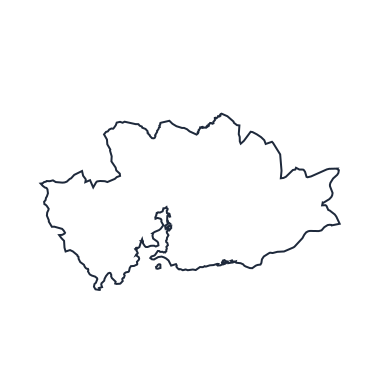 outline of Misungwi, Mwanza, United Republic of Tanzania, rotated 245°
{"feature_id": "72390352B3687042598615", "entity_name": "Misungwi", "entity_type": "district", "adm_level": 2, "iso_a3": "TZA", "parent_name": "United Republic of Tanzania", "parent_adm1": "Mwanza", "projection": "robinson", "projection_center": [32.979, -2.954], "detail": "fine", "context": "isolated", "style": "outline", "palette": "slate", "viewbox_px": 384, "rotation_deg": 245, "n_neighbors": 0, "source": "geoboundaries", "source_scale": "gbopen_adm2", "svg_char_len": 6049}
<svg xmlns="http://www.w3.org/2000/svg" viewBox="0 0 384 384"><g transform="rotate(245 192 192)"><path d="M100.8,312.4L108.7,312.4L111.3,311.9L117.0,309.0L118.2,307.9L122.4,308.0L123.6,307.5L124.9,304.3L127.2,306.0L126.7,306.4L127.5,313.5L128.6,316.2L129.7,317.6L131.7,319.0L138.9,319.5L140.2,320.0L141.8,321.3L144.6,325.6L146.2,330.9L147.4,332.7L149.7,334.3L151.4,333.3L151.7,333.8L155.0,326.2L155.5,323.8L155.8,306.5L156.5,303.0L157.3,302.2L162.6,303.0L164.7,302.6L165.4,302.1L167.0,298.8L170.0,296.5L168.7,295.1L169.3,292.7L166.1,283.5L166.1,280.8L166.9,278.3L173.4,282.1L188.8,287.8L202.2,286.2L203.7,285.7L204.4,279.1L208.4,279.4L212.5,277.8L216.9,275.1L220.7,272.2L221.8,270.6L216.4,260.6L215.2,256.6L217.6,256.7L221.7,258.5L224.6,258.8L232.3,263.1L233.6,261.0L237.1,259.2L238.3,259.4L245.7,256.1L250.5,251.9L250.5,250.9L249.9,249.8L249.1,250.0L248.8,248.9L249.7,247.7L248.9,246.9L248.5,245.3L249.3,244.9L249.5,244.0L247.4,243.1L246.6,241.0L245.2,240.5L245.3,239.2L246.3,238.7L246.9,237.6L246.3,236.9L246.3,235.8L244.9,235.3L244.8,234.6L245.7,234.0L245.3,233.1L244.5,233.1L244.3,231.8L244.9,231.3L245.2,230.0L245.7,229.8L245.9,228.9L246.6,229.0L246.8,228.2L246.0,228.1L247.0,226.6L246.2,226.2L245.3,224.2L244.7,224.2L244.2,223.1L243.5,223.0L243.5,222.3L242.6,222.2L242.1,220.4L248.0,215.4L251.0,214.0L253.4,211.9L254.3,210.0L258.2,205.7L262.1,203.1L266.1,201.6L267.9,193.1L267.8,192.3L266.4,191.6L266.0,190.5L264.5,190.3L264.4,189.3L263.0,188.0L262.2,186.2L261.3,185.9L259.0,182.5L258.2,182.6L256.9,181.2L256.8,180.1L257.7,178.5L260.3,177.6L261.6,177.7L262.6,177.0L263.8,177.2L264.3,176.7L265.9,177.4L268.8,176.5L271.3,174.1L272.5,174.2L274.2,172.6L276.1,172.1L277.4,169.5L284.2,160.6L284.1,158.4L286.0,156.4L286.7,153.1L284.7,151.1L283.1,148.3L282.7,147.2L283.6,145.8L283.6,143.4L282.5,141.3L282.8,139.5L281.4,136.6L275.5,137.1L271.0,135.4L265.0,135.9L264.2,135.2L258.3,134.3L253.8,131.9L246.4,133.1L243.5,132.5L239.2,134.3L237.0,133.6L237.3,130.1L236.5,127.6L236.8,119.5L238.6,117.6L240.8,113.4L241.7,110.5L241.3,109.2L237.9,104.4L245.8,104.6L246.0,99.5L248.0,100.9L248.9,101.0L252.7,100.2L257.5,101.2L257.3,92.5L255.5,88.2L255.5,86.7L254.3,82.9L254.5,80.6L255.2,78.6L258.6,72.7L261.3,70.9L261.9,67.7L263.4,64.8L263.1,64.0L263.5,62.1L263.0,60.2L263.6,58.4L260.7,59.3L258.2,60.6L257.2,61.8L255.5,62.1L251.7,60.9L249.3,58.6L248.4,57.2L246.6,55.9L245.6,53.8L243.3,53.1L242.4,53.9L240.8,54.5L237.4,55.0L236.5,54.4L234.6,52.1L231.9,50.5L227.0,50.3L225.6,49.7L219.7,50.3L218.8,52.5L213.5,58.7L211.3,59.4L208.7,59.7L208.2,58.9L208.0,56.3L209.1,53.4L205.2,54.2L201.8,55.4L195.4,52.9L191.5,52.3L190.9,56.9L188.5,58.9L183.2,61.4L182.4,61.2L181.3,61.7L179.3,61.0L175.7,61.1L171.7,63.3L169.7,63.2L167.9,63.6L166.9,64.2L166.3,65.2L165.2,65.1L164.0,64.2L160.6,64.5L158.7,65.8L156.3,68.4L154.1,69.5L153.1,69.4L150.4,66.6L149.8,64.7L147.6,63.1L144.6,63.4L142.4,66.6L142.3,67.2L142.6,67.3L144.3,67.2L143.8,70.3L146.4,70.6L147.5,71.4L148.7,74.9L150.3,76.1L152.2,78.6L153.7,81.7L153.6,83.1L153.0,83.8L150.9,83.8L149.8,83.1L147.9,83.0L143.0,84.9L141.5,83.7L140.6,84.7L139.4,87.7L139.3,88.4L140.6,91.6L142.6,92.0L143.2,93.1L143.1,94.1L144.8,95.7L146.1,95.6L146.8,96.4L147.1,98.0L146.5,100.7L146.9,101.5L149.5,103.5L150.6,105.3L149.5,108.2L149.5,111.6L149.9,112.0L152.0,112.6L153.0,115.1L153.8,115.9L155.3,116.2L157.6,115.0L158.6,115.5L158.4,114.7L158.7,115.5L158.6,114.7L158.9,115.1L159.3,116.8L160.0,117.1L161.7,116.9L163.0,117.4L163.6,116.5L164.3,116.4L164.3,117.1L165.0,117.7L164.6,119.1L164.3,117.6L164.0,117.5L163.9,118.0L164.4,119.2L165.1,119.5L164.1,119.4L164.3,121.0L167.6,124.0L168.1,125.3L169.2,124.9L169.1,125.4L170.3,126.8L168.6,126.4L168.1,126.8L166.3,125.9L162.7,126.4L161.6,127.0L160.9,128.6L160.7,131.7L160.1,133.3L159.3,135.0L157.9,136.2L157.8,139.0L160.2,139.8L161.6,139.7L166.2,137.1L169.1,137.7L170.8,139.1L171.2,138.7L171.6,141.4L171.4,146.0L171.9,148.1L174.0,152.0L178.2,151.7L179.5,152.5L180.9,152.3L183.1,149.8L183.2,147.6L184.5,148.0L186.1,149.9L187.0,150.3L187.4,151.4L187.9,151.4L187.9,152.7L186.9,154.3L186.9,157.2L189.3,159.2L188.7,160.3L189.1,162.5L187.9,162.2L187.2,162.8L186.3,162.4L185.7,161.2L183.5,160.4L182.5,160.8L182.5,161.7L181.8,162.3L179.0,161.8L179.1,161.2L180.7,161.0L180.7,159.5L176.3,157.2L174.6,156.8L173.7,158.2L173.0,158.5L173.7,157.3L172.6,156.6L174.0,157.2L173.0,155.8L172.9,153.8L172.2,153.1L170.1,152.6L170.7,153.9L170.5,155.0L171.2,157.3L170.3,155.9L170.3,156.3L171.0,158.0L169.9,158.8L169.2,157.8L169.3,158.2L168.2,158.0L167.0,155.5L169.2,155.3L170.0,153.8L167.0,153.5L166.7,152.4L165.7,152.0L162.8,152.4L161.1,150.0L159.4,149.0L158.9,148.0L157.6,147.5L156.3,148.1L154.0,147.7L153.1,145.6L151.2,145.2L150.4,144.2L149.2,143.7L148.6,142.1L149.1,141.9L149.2,140.7L150.2,140.1L151.2,137.8L152.3,137.4L153.0,136.1L150.6,132.0L150.3,130.8L150.7,128.0L149.8,126.3L148.0,127.2L146.9,129.0L147.3,133.9L146.3,137.2L144.5,139.1L142.6,140.5L139.8,141.8L134.1,142.0L133.4,147.0L131.9,147.1L130.9,146.3L128.7,146.8L127.3,147.6L127.4,148.2L126.7,149.2L125.0,150.6L124.5,153.1L125.0,153.9L124.5,153.5L122.9,155.1L121.4,160.0L119.7,162.4L120.6,167.5L119.3,170.1L119.4,172.2L118.9,172.4L118.5,173.3L118.0,177.2L116.7,180.6L116.2,184.5L115.8,185.2L115.2,183.9L114.5,184.2L113.5,187.0L113.7,188.2L113.2,189.5L113.0,191.9L113.3,193.7L114.9,190.8L115.0,189.3L115.4,189.3L117.2,191.8L116.7,191.5L116.6,192.6L114.6,193.8L113.9,195.1L112.2,194.7L110.9,199.4L111.4,200.2L111.9,198.9L113.2,198.2L113.1,199.4L112.0,199.5L111.0,200.6L110.8,200.4L110.6,202.4L109.9,201.8L109.2,202.2L106.9,206.0L104.8,207.8L103.2,208.2L101.9,209.1L98.6,212.3L97.5,214.4L98.3,218.6L98.2,220.5L97.3,223.4L98.4,224.9L101.4,226.9L103.2,229.8L104.0,235.9L104.0,237.1L102.6,239.3L101.7,244.1L99.2,250.3L98.9,260.5L99.1,261.8L103.5,272.6L105.9,275.8L107.2,278.5L107.3,280.8L106.9,282.4L103.0,290.4L102.5,293.2L104.2,297.0L104.7,300.9L104.2,302.7L103.2,304.5L102.7,304.5L100.8,312.4ZM139.5,132.6L140.1,132.3L140.5,131.3L140.3,130.0L139.6,129.3L139.3,127.7L137.7,127.4L136.9,128.5L136.5,131.3L139.5,132.6Z" fill="none" stroke="#1e293b" stroke-width="2"/></g></svg>